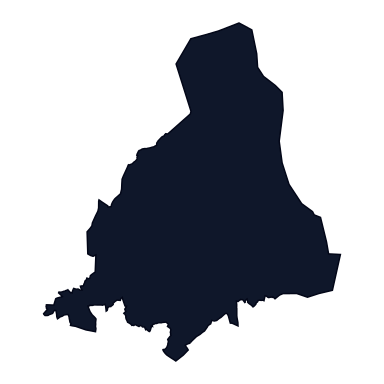 Orumba North, Anambra, Nigeria
{"feature_id": "59680162B54356159238049", "entity_name": "Orumba North", "entity_type": "district", "adm_level": 2, "iso_a3": "NGA", "parent_name": "Nigeria", "parent_adm1": "Anambra", "projection": "natural_earth1", "projection_center": [7.117, 6.122], "detail": "fine", "context": "isolated", "style": "filled", "palette": "ink", "viewbox_px": 384, "rotation_deg": 0, "n_neighbors": 0, "source": "geoboundaries", "source_scale": "gbopen_adm2", "svg_char_len": 5901}
<svg xmlns="http://www.w3.org/2000/svg" viewBox="0 0 384 384"><path d="M190.9,38.7L176.1,64.0L191.0,111.3L190.3,114.0L167.7,134.0L165.7,133.7L164.6,134.9L164.3,135.8L163.7,136.0L161.8,137.0L158.0,141.0L157.9,141.6L157.4,142.0L156.8,143.0L156.6,144.5L156.7,145.4L154.9,146.1L154.0,146.8L152.1,147.2L149.9,147.9L147.7,148.3L146.1,148.7L144.9,148.5L144.4,148.7L143.9,148.7L142.2,149.0L140.8,149.9L140.3,150.2L140.0,150.3L139.5,150.4L139.3,150.4L138.9,150.8L138.6,151.0L138.3,151.6L137.9,152.5L137.6,153.1L137.4,153.5L137.1,154.1L136.8,155.3L137.8,155.7L137.6,156.1L137.3,156.6L137.1,156.9L137.0,157.6L137.1,157.9L137.2,158.6L137.0,159.2L136.2,160.2L135.8,160.7L134.9,161.5L134.2,161.9L133.4,162.6L132.5,163.6L132.0,163.9L131.2,164.3L130.6,164.4L129.6,164.9L129.2,164.9L128.7,164.7L128.2,165.1L127.8,166.3L126.9,168.4L123.3,176.2L122.1,179.2L121.8,184.6L121.6,189.2L120.5,193.8L115.6,198.1L114.6,199.1L113.3,201.0L112.5,202.3L111.6,204.4L111.1,206.7L110.0,206.8L108.5,207.0L108.0,207.1L107.8,206.7L107.9,206.4L107.8,205.9L101.8,201.9L99.0,199.9L98.7,201.1L98.6,208.0L97.9,211.2L95.5,216.0L92.4,222.9L91.9,225.9L90.1,228.4L87.1,231.8L87.8,253.9L90.6,255.5L93.1,256.3L95.9,254.9L95.2,272.0L91.5,274.6L90.3,275.8L90.3,276.3L90.1,276.9L90.0,277.6L89.7,278.3L89.4,278.3L89.1,278.4L88.6,278.8L88.2,278.7L87.9,278.6L87.1,278.1L86.8,278.1L86.6,279.1L86.5,279.9L86.1,280.1L85.6,280.3L85.3,280.7L85.1,280.9L85.0,281.2L84.8,281.8L84.8,282.0L84.6,282.6L84.4,283.2L83.9,284.1L83.7,284.9L83.6,285.4L83.0,286.0L82.3,285.9L81.9,285.9L80.4,286.2L80.9,288.0L82.0,290.0L81.1,290.2L80.4,290.2L80.1,290.1L79.2,289.6L78.3,289.1L77.9,289.1L76.9,289.1L75.9,289.3L75.3,288.9L73.7,288.4L73.2,289.3L72.7,290.7L72.4,291.4L72.1,292.9L71.6,292.6L70.6,292.8L69.4,291.4L68.5,290.6L67.9,289.8L67.6,290.1L67.2,290.1L65.5,290.7L65.0,291.1L63.4,291.4L62.3,291.9L60.5,292.2L59.7,292.1L58.9,292.1L58.6,292.9L61.6,295.7L62.3,296.6L60.7,297.1L57.3,298.0L56.1,298.5L55.7,298.8L53.8,305.1L47.3,304.8L46.9,304.8L46.4,304.8L46.1,306.8L46.6,307.1L46.4,308.2L46.6,308.6L47.6,309.2L46.3,310.6L44.9,312.2L43.6,313.7L43.9,314.4L45.0,315.5L47.1,315.5L48.0,315.4L48.6,315.1L49.0,314.7L50.5,314.2L52.6,313.4L52.9,312.8L53.9,311.0L54.7,310.3L55.9,310.6L56.3,312.5L56.6,314.2L56.8,316.8L57.5,318.8L58.6,318.1L59.4,317.4L60.6,316.7L61.4,316.5L62.2,316.2L62.9,315.8L63.5,315.3L64.4,314.9L65.8,314.7L67.8,314.4L68.0,314.9L68.5,315.2L69.1,317.1L69.3,318.8L69.7,320.6L69.8,321.1L69.9,321.9L70.3,322.8L71.0,323.4L70.5,325.4L72.3,325.8L75.5,326.3L76.4,326.6L78.7,327.4L86.0,329.9L89.3,330.5L95.5,331.7L95.6,330.8L95.8,329.7L95.9,328.4L95.6,327.1L95.5,326.3L95.7,324.4L95.6,322.3L96.0,319.0L95.3,318.0L94.2,316.8L92.2,314.9L90.0,311.6L87.9,306.1L89.6,305.8L90.0,305.1L91.1,305.5L91.6,305.3L92.7,305.4L93.1,305.3L93.7,304.9L95.5,304.9L97.5,305.0L101.4,305.0L102.4,305.2L104.3,304.6L105.0,304.3L105.1,304.9L105.6,305.9L106.2,311.1L107.2,310.4L107.7,308.5L107.6,307.5L107.9,307.1L108.6,307.1L109.1,306.6L110.8,306.6L111.6,305.6L112.0,305.6L113.2,304.5L113.0,303.4L115.2,301.3L117.1,300.1L120.3,300.4L121.0,298.4L122.2,297.4L122.8,299.5L125.0,306.0L125.5,306.2L125.9,306.3L126.4,306.3L126.0,307.1L126.0,307.5L125.9,307.7L125.6,307.8L125.3,308.3L125.3,308.7L124.8,309.1L124.9,309.3L124.9,309.5L125.2,310.3L125.3,310.6L125.8,311.2L125.9,311.4L123.8,313.3L124.0,313.6L124.8,314.0L125.0,314.4L125.8,315.9L125.8,317.0L125.9,318.0L126.3,319.4L127.0,320.6L127.6,322.2L129.8,323.4L131.2,324.5L131.8,325.4L132.9,325.2L133.8,325.5L135.1,324.5L136.9,325.5L139.0,326.5L140.2,325.5L141.8,326.0L142.4,326.9L144.7,327.0L145.1,328.5L145.7,329.7L146.3,329.1L147.1,329.9L148.2,330.8L149.2,331.5L149.6,331.5L150.2,330.6L150.7,329.0L150.8,328.5L151.0,328.0L151.2,327.5L151.2,325.9L151.5,325.9L152.5,326.4L152.3,325.2L153.1,324.3L154.2,324.1L155.1,323.6L155.4,323.5L155.9,323.5L156.4,323.4L156.7,323.5L158.0,322.9L159.6,322.7L161.3,322.8L162.2,322.5L166.0,322.1L168.3,324.0L168.2,324.6L168.0,325.3L167.5,326.5L168.4,327.0L169.4,327.8L170.0,328.1L170.6,329.1L170.8,329.6L170.8,330.2L170.3,332.3L170.7,333.1L170.7,333.6L170.5,334.0L171.0,335.3L169.5,337.1L167.7,339.4L168.1,340.6L168.4,341.5L168.2,342.5L167.9,343.4L167.8,344.8L166.8,347.3L165.8,348.6L164.5,349.5L163.2,349.5L162.9,349.8L163.5,351.1L164.2,352.1L165.3,353.5L166.8,355.0L168.7,356.3L171.4,358.1L173.8,359.6L175.1,360.5L175.8,361.0L183.3,355.1L188.2,350.0L187.2,348.2L186.4,347.2L185.9,346.5L185.2,345.3L187.6,343.9L188.6,343.6L189.8,343.3L189.8,342.9L190.1,342.2L191.0,342.0L191.7,341.1L194.2,338.7L196.5,336.5L200.0,334.4L202.5,332.3L204.5,331.0L207.1,327.3L208.2,325.4L210.7,323.8L211.7,320.4L214.3,321.0L216.7,320.5L218.6,318.9L221.2,317.2L223.7,314.9L225.0,313.8L225.9,313.3L227.1,313.6L228.3,315.7L230.3,323.1L232.1,323.2L238.0,325.9L237.9,322.6L237.0,317.6L236.8,315.8L236.8,308.4L236.6,307.4L236.7,306.4L236.7,304.2L236.5,303.1L236.5,301.5L236.4,301.1L237.5,301.3L238.0,301.5L239.0,300.7L239.5,300.2L240.0,300.1L240.7,299.4L241.4,299.7L242.1,299.5L242.8,299.8L244.8,302.5L245.3,302.1L245.0,301.4L245.6,300.3L246.3,299.6L247.0,299.0L247.7,301.4L247.8,302.4L249.1,303.6L251.0,304.9L252.4,306.2L253.0,306.9L254.0,306.2L254.8,305.4L255.9,304.1L256.1,303.4L256.0,303.1L256.5,302.6L257.0,302.3L257.5,301.9L258.2,300.4L258.8,300.4L259.5,300.1L261.0,300.4L263.0,300.2L263.4,300.5L264.0,300.7L264.1,299.9L264.6,297.9L264.7,297.4L265.1,295.8L265.8,296.0L266.0,295.9L266.7,296.2L266.8,296.5L267.3,296.7L267.5,296.9L267.9,297.3L268.5,297.5L268.8,297.6L269.5,297.4L270.3,297.3L271.0,297.0L272.0,297.1L272.1,297.4L272.4,297.4L272.9,296.8L275.0,298.8L279.5,295.1L280.4,294.7L283.0,293.6L296.7,293.5L307.5,297.2L318.9,293.5L332.4,290.3L340.4,254.5L328.6,253.9L326.5,241.9L320.5,217.4L314.2,214.9L312.5,211.6L301.7,203.7L289.0,184.4L282.1,162.8L279.2,141.2L283.1,110.5L282.1,92.3L275.3,85.5L263.5,76.4L257.6,67.3L256.7,53.7L251.8,29.9L239.0,23.0L218.4,31.0L204.7,35.0L190.9,38.7Z" fill="#0f172a" stroke="#020617" stroke-width="1.5"/></svg>